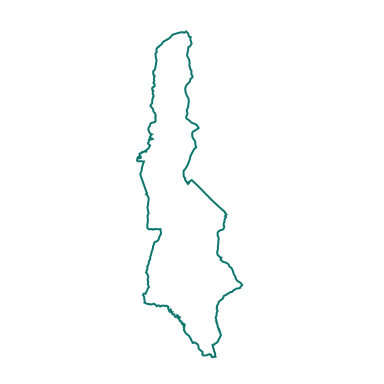 Rasinari, Sibiu, Romania, rotated 119°
{"feature_id": "2599482B32433549776599", "entity_name": "Rasinari", "entity_type": "district", "adm_level": 2, "iso_a3": "ROU", "parent_name": "Romania", "parent_adm1": "Sibiu", "projection": "equal_earth", "projection_center": [23.983, 45.649], "detail": "fine", "context": "isolated", "style": "outline", "palette": "teal", "viewbox_px": 384, "rotation_deg": 119, "n_neighbors": 0, "source": "geoboundaries", "source_scale": "gbopen_adm2", "svg_char_len": 6082}
<svg xmlns="http://www.w3.org/2000/svg" viewBox="0 0 384 384"><g transform="rotate(119 192 192)"><path d="M311.8,180.0L311.5,176.6L310.9,175.5L310.6,173.7L310.1,173.3L308.8,171.6L308.2,171.3L308.2,169.7L309.0,167.5L307.4,166.4L307.3,165.3L307.6,164.3L306.6,163.8L305.2,162.0L304.7,160.1L303.8,159.2L303.8,158.2L304.1,157.6L303.9,157.0L305.1,156.7L307.3,154.0L307.4,153.8L305.2,153.6L305.9,152.7L307.2,151.9L306.6,150.9L307.6,150.8L308.1,150.4L308.3,149.2L307.6,148.1L308.6,147.5L308.8,146.5L309.4,146.0L309.0,145.5L308.3,145.1L307.7,144.9L306.9,145.2L306.9,144.6L307.4,144.0L308.9,143.4L308.4,142.8L307.4,142.3L307.4,142.1L307.9,142.2L307.8,141.9L308.0,141.9L308.7,142.4L309.9,141.2L309.8,140.9L310.2,140.4L310.8,139.9L310.8,139.4L310.4,138.6L310.9,137.8L311.3,137.5L311.3,137.2L311.7,137.2L311.5,136.4L311.9,136.6L311.9,136.1L312.5,136.0L312.6,135.5L312.3,135.1L312.5,134.9L312.5,134.4L312.1,134.1L313.0,133.9L312.6,133.7L313.0,133.5L313.7,133.8L314.9,132.8L316.6,132.2L316.9,131.9L316.9,131.4L317.9,130.3L318.9,128.0L318.9,126.5L319.3,125.0L321.0,121.8L322.4,120.2L323.0,118.6L323.6,118.3L323.3,117.6L322.7,117.1L322.1,116.2L322.5,114.2L322.4,113.3L323.4,111.8L325.8,110.3L326.9,105.0L328.8,104.5L329.6,103.1L327.9,100.2L325.2,98.0L325.2,97.2L325.6,96.6L325.3,96.1L325.9,95.7L326.8,94.6L326.8,94.2L325.6,93.1L324.7,91.6L323.6,92.8L322.7,93.0L322.0,93.5L321.0,94.5L320.9,95.2L318.8,96.8L318.2,97.8L317.0,98.7L316.0,99.9L315.7,99.9L315.7,99.5L314.6,98.6L313.4,98.3L312.0,97.3L310.8,97.2L310.1,96.8L309.4,96.8L308.3,97.3L305.9,97.0L305.2,97.3L303.0,97.3L302.4,98.3L301.3,99.2L300.8,100.1L300.5,100.1L300.5,100.6L298.9,101.7L299.1,102.4L298.4,102.6L297.3,104.4L296.7,104.6L295.7,105.5L295.0,106.3L295.0,106.7L293.9,107.1L293.1,108.5L292.2,108.4L291.0,110.0L289.7,110.7L289.3,110.5L288.6,110.5L286.1,111.7L284.9,112.0L283.6,111.9L282.2,113.9L280.7,114.2L280.1,114.7L279.0,115.0L276.9,114.8L276.1,115.2L274.4,115.2L272.8,114.4L272.4,114.5L271.0,113.5L269.4,113.4L267.9,113.8L266.9,113.5L265.4,112.1L263.9,111.8L262.8,110.7L261.1,110.1L260.3,108.8L259.5,108.3L258.1,108.2L255.4,106.6L254.7,106.1L254.1,105.0L252.6,103.5L251.3,103.5L249.0,103.0L247.9,105.5L247.8,109.0L246.6,111.8L244.9,113.1L243.6,115.6L240.4,118.9L239.3,120.7L239.3,122.1L239.0,123.1L237.7,124.9L237.3,126.1L237.4,128.5L238.0,130.7L238.0,131.7L237.4,133.4L237.5,134.2L235.2,134.5L235.4,136.3L234.8,137.7L234.8,138.8L233.2,140.3L232.1,141.0L229.3,141.7L227.0,143.0L223.4,144.4L221.8,145.4L220.4,145.7L220.0,146.2L219.1,146.5L217.3,148.8L215.2,149.8L213.8,149.8L212.9,149.4L211.5,148.5L209.9,146.8L209.2,146.5L206.4,147.0L205.8,148.2L204.0,149.1L202.4,149.1L201.2,149.8L199.8,150.2L197.5,150.0L197.2,151.5L195.0,150.9L194.3,153.0L193.9,153.0L193.1,155.0L193.1,155.9L189.5,170.9L189.4,171.0L183.6,190.4L181.7,198.0L183.9,199.2L185.3,199.1L185.2,199.8L186.9,199.6L184.5,204.2L183.4,204.5L182.9,205.6L182.8,206.2L182.1,207.0L178.8,209.0L176.9,209.6L175.5,209.1L170.4,208.9L164.3,209.8L161.7,210.7L158.2,210.9L153.1,210.9L150.9,210.0L149.6,211.5L146.1,213.9L144.6,216.9L143.6,218.4L140.5,220.4L138.8,220.4L133.5,217.4L132.8,217.2L131.1,220.2L131.1,222.9L131.6,226.2L130.8,228.6L130.5,231.9L130.2,232.8L129.5,233.3L128.9,233.6L126.0,233.8L124.6,234.7L123.9,235.6L123.1,236.2L119.6,236.6L113.9,238.9L111.6,240.7L110.4,243.0L108.1,245.8L104.5,248.3L101.1,248.6L98.7,248.1L97.2,247.5L95.8,247.5L94.0,248.2L92.8,247.6L90.9,247.3L90.6,247.5L88.9,250.0L87.3,250.6L85.9,251.6L85.6,252.8L84.0,254.2L82.8,255.6L80.9,256.3L77.8,258.4L75.4,262.0L74.5,262.8L69.5,264.3L67.2,265.3L66.9,265.4L65.7,264.4L62.3,264.3L59.7,267.2L57.1,268.4L57.6,269.3L57.1,270.5L55.2,272.3L54.4,275.0L56.2,275.7L56.6,276.3L56.8,277.9L58.8,280.4L63.9,285.3L67.9,286.1L70.9,287.7L73.8,289.6L75.5,290.2L77.7,290.2L79.3,291.1L80.8,291.3L81.6,292.0L83.7,292.4L85.7,291.6L86.7,290.6L88.2,291.1L89.5,290.7L90.1,290.0L92.5,288.4L93.9,286.8L97.1,285.8L97.3,285.5L99.2,285.1L100.2,284.5L102.7,283.9L103.9,284.0L104.7,284.4L106.0,284.2L106.9,283.3L107.5,283.0L107.7,282.6L108.1,282.6L108.8,281.6L108.8,280.8L109.7,280.8L111.6,280.2L113.2,278.8L115.2,278.7L115.8,277.4L115.8,277.0L117.2,276.1L118.5,276.3L118.9,276.9L119.8,277.2L120.7,277.1L121.0,276.7L121.9,276.3L122.2,275.0L122.4,274.7L123.5,274.7L124.9,274.2L125.7,273.3L125.7,272.9L126.9,271.9L128.3,272.1L129.6,271.5L130.7,271.5L133.5,269.9L135.5,270.3L136.9,270.1L138.4,266.2L140.1,264.9L140.8,263.7L141.2,262.1L142.4,261.4L143.2,260.4L144.4,260.4L145.1,259.7L146.3,259.1L147.4,258.3L147.8,258.5L148.7,258.3L151.5,261.2L152.4,261.5L154.3,261.0L157.2,261.0L158.5,260.4L159.5,259.5L160.9,257.5L160.9,257.0L161.5,256.0L161.2,255.1L162.1,255.5L163.9,255.3L164.8,255.5L165.3,255.2L165.5,254.8L164.9,253.9L164.6,252.5L164.7,252.1L167.5,255.0L169.1,254.0L170.7,254.2L171.4,252.8L171.6,251.3L174.6,251.1L177.5,252.3L179.4,251.1L178.4,252.1L179.1,252.1L178.9,252.8L179.1,253.2L180.5,253.8L181.3,255.1L182.5,255.0L183.7,256.4L185.3,255.8L185.4,254.8L186.6,253.4L187.4,253.6L188.1,254.3L187.4,255.3L187.4,255.8L187.7,256.1L188.4,256.2L191.0,255.4L191.3,254.5L191.1,253.6L189.6,251.2L189.2,250.2L189.2,249.5L188.7,248.8L191.3,248.4L194.5,247.7L197.4,246.6L201.7,245.8L213.9,232.1L214.7,230.9L215.5,230.8L216.2,231.1L216.6,229.3L217.9,227.5L219.0,226.5L223.0,225.0L224.7,224.0L226.8,223.7L231.7,219.7L232.6,219.4L233.5,219.6L234.3,219.4L237.8,217.1L239.7,216.1L242.6,215.2L243.6,214.3L245.0,213.7L245.4,213.1L245.4,211.3L245.0,210.5L244.2,209.9L243.8,209.2L243.8,207.6L243.0,207.2L241.8,205.7L241.6,204.8L239.8,201.5L243.5,198.9L247.9,198.8L249.5,198.2L251.1,198.3L252.0,198.7L253.8,200.3L254.6,200.4L256.7,199.8L258.6,199.8L259.7,199.0L262.6,198.4L263.5,198.5L264.9,197.9L267.7,197.2L268.8,197.2L270.9,196.0L273.7,196.1L274.6,195.5L277.2,194.9L278.4,195.1L279.1,195.0L279.5,194.4L281.3,193.6L282.4,193.7L283.7,193.2L284.7,193.2L285.0,191.8L285.8,191.1L286.6,189.5L288.1,188.8L290.4,188.3L291.7,186.7L292.3,186.4L293.7,186.3L296.1,183.5L297.8,183.9L299.8,183.5L303.0,183.5L303.3,183.2L304.3,184.9L305.9,185.0L306.1,184.3L307.1,182.8L308.3,182.2L310.7,180.2L311.8,180.0Z" fill="none" stroke="#0f766e" stroke-width="2"/></g></svg>